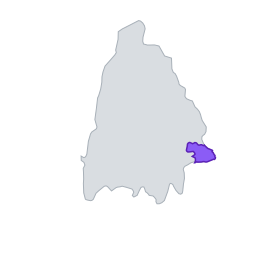 Bijeljina highlighted on a map of Bosnia and Herzegovina, rotated 55°
{"feature_id": "BIH-4804", "entity_name": "Bijeljina", "entity_type": "state/province", "adm_level": 1, "iso_a3": "BIH", "parent_name": "Bosnia and Herzegovina", "parent_adm1": "", "projection": "natural_earth1", "projection_center": [19.107, 44.733], "detail": "fine", "context": "in_parent", "style": "filled", "palette": "violet", "viewbox_px": 256, "rotation_deg": 55, "n_neighbors": 0, "source": "natural_earth", "source_scale": "10m", "svg_char_len": 2776}
<svg xmlns="http://www.w3.org/2000/svg" viewBox="0 0 256 256"><g transform="rotate(55 128 128)"><path d="M202.1,74.3L202.4,75.5L201.5,79.8L199.6,84.5L196.6,89.3L193.4,93.9L192.6,96.3L192.4,100.2L192.0,103.2L192.4,104.9L193.5,106.4L197.0,107.7L201.7,110.7L205.7,114.7L210.9,119.2L212.5,120.9L212.5,122.7L211.0,124.0L206.6,124.5L202.0,124.1L200.2,123.7L198.6,124.2L197.6,125.2L198.1,126.5L202.8,131.9L208.3,139.8L208.6,143.2L208.0,145.9L206.7,147.7L204.4,147.4L202.7,146.0L200.0,146.1L198.0,146.5L195.3,149.3L194.0,149.2L191.7,149.6L190.3,150.2L188.0,149.4L185.6,148.8L184.6,149.7L184.1,151.4L185.6,154.4L188.4,159.1L187.9,162.8L185.8,163.2L183.9,160.1L182.1,159.7L180.2,159.8L175.7,163.3L172.3,166.2L171.6,168.3L170.4,170.5L170.0,172.1L170.1,177.6L164.1,178.4L162.8,179.2L162.1,180.9L162.6,187.8L163.1,191.6L166.5,197.3L166.6,199.1L166.1,200.3L163.7,202.6L162.5,203.5L161.7,203.7L157.7,202.2L155.8,201.5L147.9,196.4L144.4,193.6L138.8,189.9L135.4,187.8L133.7,184.6L130.9,183.8L127.7,184.9L124.1,182.5L126.6,181.4L127.3,180.2L127.0,178.7L125.8,176.7L116.1,168.0L111.3,162.0L110.5,159.9L110.5,154.2L109.3,152.8L102.1,150.3L94.1,142.9L85.9,135.6L84.8,133.6L80.5,128.1L75.4,123.1L71.2,120.0L67.8,116.4L64.1,111.3L62.3,103.7L60.6,96.9L59.5,94.3L57.1,93.4L49.7,85.3L43.5,80.7L43.6,75.6L44.8,67.2L46.1,57.7L47.6,56.4L50.5,55.7L53.8,55.9L56.6,57.1L62.2,63.6L65.4,66.2L68.1,67.1L71.3,64.4L75.2,58.6L78.6,55.6L90.0,56.7L95.7,52.3L104.7,58.1L108.4,59.0L110.5,58.2L113.4,58.5L119.7,60.2L121.2,61.0L123.1,60.8L127.8,58.6L129.4,58.8L134.8,63.3L137.5,63.3L140.7,61.4L142.8,59.8L149.0,61.0L152.5,60.3L155.5,60.2L158.6,60.9L161.5,62.0L164.4,62.9L172.0,63.3L175.7,66.2L177.1,68.9L177.1,70.6L177.5,72.4L179.6,74.1L184.2,75.1L187.1,74.9L188.6,74.8L192.6,73.2L197.2,72.4L200.5,73.3L202.1,74.3Z" fill="#d9dde1" stroke="#a8b0b8" stroke-width="1"/><path d="M185.7,75.3L187.0,75.2L187.5,75.1L188.9,74.7L189.8,74.6L190.5,74.4L194.4,71.8L195.0,71.7L195.3,72.0L195.4,72.5L195.6,72.7L196.1,72.7L196.9,72.4L197.3,72.4L199.2,72.7L199.6,72.7L200.0,72.5L200.4,72.5L201.3,73.3L201.7,73.4L202.2,73.4L202.3,73.3L202.7,73.7L203.0,73.9L203.1,74.2L203.3,74.7L203.3,75.3L203.2,75.4L202.9,75.5L202.7,75.7L201.2,82.4L200.7,83.5L200.3,84.0L199.4,84.7L199.0,85.2L198.6,85.7L198.0,87.3L195.9,90.5L195.7,90.7L195.3,91.0L195.1,91.2L195.0,91.6L195.0,92.5L194.9,92.9L194.7,93.3L194.2,92.4L193.2,91.3L191.8,90.4L191.1,90.2L190.1,90.6L188.9,91.3L188.1,91.7L188.1,88.9L187.8,88.0L186.2,87.7L184.6,88.0L184.1,88.9L183.2,90.7L182.0,92.7L181.0,93.1L180.1,93.1L179.4,92.6L177.0,90.0L175.3,88.5L174.9,87.4L175.0,86.1L175.5,85.5L176.7,84.8L177.9,84.1L178.2,82.8L178.2,81.8L178.9,80.9L179.6,80.5L181.8,80.3L182.8,79.7L183.4,78.1L184.0,77.2L185.0,76.8L185.7,76.3L185.7,75.3Z" fill="#8b5cf6" stroke="#5b21b6" stroke-width="1.5"/></g></svg>